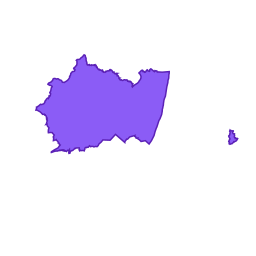 outline of Montecristi, Manabi, Ecuador, rotated 222°
{"feature_id": "8360857B99830619134812", "entity_name": "Montecristi", "entity_type": "district", "adm_level": 2, "iso_a3": "ECU", "parent_name": "Ecuador", "parent_adm1": "Manabi", "projection": "equal_earth", "projection_center": [-80.746, -1.129], "detail": "fine", "context": "isolated", "style": "filled", "palette": "violet", "viewbox_px": 256, "rotation_deg": 222, "n_neighbors": 0, "source": "geoboundaries", "source_scale": "gbopen_adm2", "svg_char_len": 5919}
<svg xmlns="http://www.w3.org/2000/svg" viewBox="0 0 256 256"><g transform="rotate(222 128 128)"><path d="M168.9,58.7L168.6,58.5L166.8,61.8L165.7,63.1L165.3,63.3L165.2,63.7L164.8,63.9L163.9,66.0L163.4,65.7L162.8,66.7L162.5,66.9L162.6,67.4L162.0,68.0L161.8,67.3L160.9,67.7L161.2,68.5L160.9,68.7L160.8,68.4L159.7,69.0L159.5,68.5L158.4,69.4L158.0,69.4L157.9,70.6L158.0,71.0L157.0,71.6L157.1,72.8L156.5,72.2L155.9,70.4L154.9,69.6L154.3,70.4L155.1,71.9L154.8,73.4L154.5,73.5L154.0,74.6L154.0,75.9L153.5,77.3L153.8,77.4L153.1,78.5L151.0,80.6L150.5,80.3L149.9,79.2L148.8,78.7L148.8,79.5L148.0,79.5L146.4,81.2L145.2,81.8L145.7,82.6L145.8,83.2L146.5,84.1L146.6,84.4L146.4,85.3L146.1,85.7L145.6,85.7L145.3,86.6L144.7,87.0L144.6,87.5L144.7,87.8L144.7,89.1L143.2,89.1L142.9,89.8L141.6,91.0L140.7,91.1L139.7,92.7L138.5,93.4L138.4,95.0L138.9,96.7L138.5,99.7L138.7,102.3L133.1,107.0L133.0,114.9L120.7,115.1L121.2,115.7L121.4,118.0L121.6,118.2L121.5,119.0L121.0,119.2L120.8,119.7L120.8,122.4L117.9,127.0L117.7,126.3L117.3,126.2L116.4,126.6L115.4,125.9L115.0,126.0L114.3,126.8L114.3,126.6L112.6,126.6L112.1,126.9L109.3,126.7L106.6,130.2L101.6,130.2L102.1,134.3L103.6,139.8L105.6,143.7L106.1,145.0L106.8,146.6L107.2,148.0L110.0,154.2L110.4,156.2L112.0,160.5L113.8,163.4L115.1,165.0L115.5,166.0L116.4,167.4L117.0,168.6L118.1,170.0L119.9,172.7L120.6,174.2L121.5,176.7L126.8,184.7L128.7,188.3L130.1,190.1L131.1,192.3L133.4,195.1L133.7,195.8L135.1,197.5L139.9,192.4L142.9,190.0L143.7,189.2L143.9,189.2L144.6,189.7L145.4,189.3L145.6,189.2L145.7,188.7L146.4,188.6L146.2,187.5L150.5,187.3L150.7,187.1L150.8,185.8L150.2,185.1L150.0,184.8L150.1,184.3L150.9,184.1L151.5,183.8L152.3,184.2L152.7,184.1L152.8,182.7L152.5,182.2L152.5,181.1L153.0,180.6L153.3,180.7L153.3,180.4L154.3,180.5L154.7,180.3L154.8,180.1L155.3,180.6L155.8,180.4L155.9,180.5L156.1,180.1L156.4,180.0L156.6,178.9L156.5,178.3L156.8,176.6L156.7,176.2L156.0,176.0L155.0,176.1L152.8,175.0L151.8,173.7L151.3,172.3L151.2,170.5L150.9,169.5L150.9,167.7L151.9,164.4L152.2,161.5L152.5,161.7L152.6,162.1L153.0,161.9L153.4,163.2L153.7,163.4L154.0,164.1L154.6,163.6L154.8,164.0L155.4,163.8L156.3,164.3L156.7,164.2L157.2,163.7L157.3,163.8L157.4,164.2L158.0,164.1L158.6,162.9L159.3,162.7L159.5,162.9L159.7,162.6L160.4,163.1L161.1,163.0L161.7,162.1L162.6,161.8L163.2,161.2L163.7,159.8L164.3,159.4L165.3,159.4L165.4,159.2L165.5,158.7L165.9,158.5L166.4,158.5L167.2,158.9L167.5,158.8L167.4,159.7L168.1,159.3L170.1,160.2L170.5,159.9L170.9,160.1L171.1,159.7L172.0,160.5L172.5,160.2L172.9,160.2L173.0,160.4L172.6,161.3L173.3,160.8L173.5,160.1L173.7,159.8L174.0,159.9L174.4,159.5L175.2,159.8L175.8,159.5L175.9,160.1L176.2,159.9L176.6,159.3L178.0,159.9L178.6,159.8L179.0,160.0L179.5,159.7L179.9,159.7L179.8,158.8L180.5,158.8L180.3,158.2L180.4,157.6L181.2,157.1L181.7,156.3L182.0,155.2L182.2,155.6L182.4,155.5L182.2,154.6L183.3,153.2L184.2,153.6L184.4,153.3L184.6,153.3L184.8,152.8L185.7,153.2L185.6,153.7L185.8,153.9L186.3,153.1L187.0,152.8L187.3,152.4L187.7,152.6L188.3,151.8L188.8,151.9L189.0,152.3L190.0,151.7L190.5,151.8L191.3,152.4L191.8,152.1L191.9,152.6L193.2,152.6L193.5,153.1L193.8,152.9L194.0,153.1L194.4,153.0L194.5,152.6L194.9,153.0L195.4,152.3L195.1,152.1L195.2,151.8L195.5,151.7L195.9,151.4L196.0,151.5L196.5,151.1L196.9,150.2L197.4,150.4L197.6,149.8L198.2,149.1L198.4,149.3L199.1,149.4L199.4,149.0L199.4,148.5L199.7,148.4L200.0,147.9L200.4,147.7L201.1,148.1L201.6,148.1L201.9,148.7L202.8,149.4L203.6,149.7L204.5,150.4L205.4,151.2L205.8,151.8L207.2,152.4L208.4,153.3L209.6,153.0L209.6,151.6L209.4,150.6L209.9,148.9L209.8,147.6L209.9,147.0L210.1,146.5L210.9,145.5L211.6,144.9L211.7,143.7L211.1,143.7L210.3,143.2L209.9,142.6L209.1,142.0L208.8,141.2L208.2,140.6L208.3,139.6L208.1,138.5L208.4,136.5L208.1,135.7L207.9,135.6L207.2,136.0L206.6,136.0L206.3,135.7L205.8,134.4L206.3,133.5L207.1,132.7L207.0,131.1L207.1,130.4L206.0,128.6L206.0,127.3L205.4,127.0L205.0,125.7L204.8,124.2L204.9,122.7L205.2,121.2L205.6,120.4L205.7,119.3L206.8,118.6L207.0,118.3L207.6,118.1L208.4,118.6L209.7,118.7L211.3,117.9L212.4,118.0L213.2,117.6L213.9,116.5L215.0,116.2L216.1,115.4L216.5,114.5L215.8,112.6L216.1,111.4L215.9,110.6L216.3,110.0L216.6,109.1L216.9,108.8L217.0,107.5L216.8,106.9L216.5,106.9L214.6,107.4L214.1,107.9L212.3,108.2L212.0,108.0L211.9,106.6L210.2,103.8L209.8,101.9L209.4,101.7L208.9,101.9L208.5,101.8L207.4,100.0L207.7,99.5L208.2,99.2L207.8,98.5L207.3,98.6L207.1,97.4L207.0,96.8L207.4,97.0L207.8,96.4L207.9,94.9L207.7,93.6L207.6,93.3L207.7,92.8L207.6,92.3L207.0,91.4L206.8,89.6L208.0,87.5L208.9,87.1L209.2,84.4L209.9,82.4L209.6,82.4L209.5,81.9L209.3,81.7L208.4,79.7L207.6,80.4L204.1,81.2L202.2,81.2L201.8,81.0L201.0,81.2L200.6,81.0L200.1,81.4L199.4,82.3L199.0,82.2L198.6,82.4L198.4,81.9L197.4,82.1L196.6,82.1L194.5,80.2L194.5,80.8L194.1,80.4L193.9,80.5L193.5,79.7L192.8,79.5L192.2,77.8L191.6,77.0L191.4,75.9L190.9,76.8L190.2,76.1L189.3,75.6L186.9,75.2L185.9,73.3L184.7,71.8L184.0,71.2L182.5,72.9L181.6,73.5L181.2,73.9L180.3,73.6L178.1,73.4L177.6,71.4L177.1,71.4L177.0,71.0L176.4,70.7L175.9,69.8L175.3,69.4L175.0,68.7L174.8,68.9L174.9,69.1L174.6,69.7L173.9,70.4L173.6,71.4L172.8,71.0L171.7,71.1L170.4,70.8L169.8,70.1L169.0,70.6L167.9,69.8L167.7,70.0L167.3,69.8L167.0,69.9L166.9,68.0L166.7,66.4L168.1,62.5L169.0,59.2L168.9,58.7ZM42.1,184.4L41.4,184.1L40.9,184.9L40.4,185.9L40.2,186.0L40.2,186.5L40.0,188.0L40.2,188.6L39.7,188.7L39.6,189.4L39.0,190.6L39.0,191.7L39.4,193.5L39.9,193.4L41.2,191.9L41.4,192.0L41.7,192.6L42.4,192.3L42.9,192.4L43.3,192.9L43.6,193.6L44.8,194.6L45.0,194.9L45.4,194.5L45.9,194.2L47.0,194.4L47.5,195.1L47.6,195.6L47.6,196.1L47.8,196.3L48.6,195.7L49.0,195.2L49.5,194.9L50.0,195.0L50.3,194.5L50.7,194.6L50.3,193.6L49.9,193.5L49.0,192.9L48.5,192.0L48.4,191.5L48.0,191.3L47.7,190.6L47.9,189.9L47.8,189.4L47.1,189.0L45.2,188.3L44.8,187.8L44.7,186.8L44.2,186.1L44.3,185.6L44.0,185.2L43.0,185.2L42.4,184.1L42.1,184.4Z" fill="#8b5cf6" stroke="#5b21b6" stroke-width="1.5"/></g></svg>